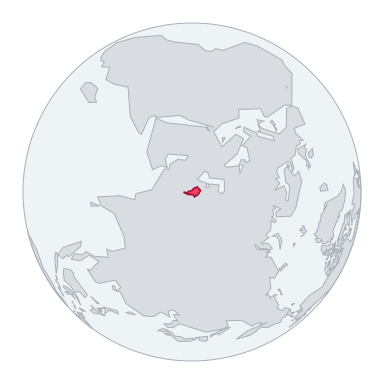 Ahal highlighted on a globe, orthographic projection, rotated 120°
{"feature_id": "TKM-352", "entity_name": "Ahal", "entity_type": "Province", "adm_level": 1, "iso_a3": "TKM", "parent_name": "Turkmenistan", "parent_adm1": "", "projection": "orthographic", "projection_center": [59.653, 37.88], "detail": "fine", "context": "on_globe", "style": "filled", "palette": "rose", "viewbox_px": 384, "rotation_deg": 120, "n_neighbors": 0, "source": "natural_earth", "source_scale": "10m", "svg_char_len": 12368}
<svg xmlns="http://www.w3.org/2000/svg" viewBox="0 0 384 384"><g transform="rotate(120 192 192)"><circle cx="192" cy="192" r="169" fill="#eef3f6" stroke="#a8b0b8"/><path d="M206.3,23.6L213.2,25.5L229.0,30.4L237.1,32.1L232.9,32.0L250.3,35.8L260.9,40.4L247.0,35.2L244.1,34.8L250.4,37.8L248.7,38.1L250.8,39.8L248.3,40.0L240.4,37.5L238.7,37.7L243.2,39.8L243.5,41.8L237.2,38.5L237.1,41.7L223.9,38.9L208.9,31.7L199.7,32.0L179.1,29.8L179.0,30.9L171.2,31.3L168.2,32.9L165.2,32.5L165.4,34.2L168.7,34.3L169.9,35.2L168.4,36.3L164.4,35.7L164.5,35.1L162.6,35.6L161.2,34.9L161.1,35.8L156.3,35.3L158.8,37.5L153.2,38.5L150.7,37.8L153.9,35.7L155.8,30.2L154.3,29.5L148.8,30.3L132.5,35.9L129.5,36.4L123.3,38.6L123.6,39.1L128.5,37.6L127.5,39.5L133.6,37.9L134.1,38.6L139.2,38.2L135.3,40.7L128.7,43.5L124.2,44.1L121.2,45.5L122.9,47.2L112.1,51.0L100.7,58.5L98.3,59.5L98.1,56.6L104.6,50.4L104.4,48.4L101.3,52.4L95.3,55.4L92.9,57.2L91.4,58.9L92.4,58.9L89.7,60.7L91.7,57.0L94.2,55.3L93.6,56.3L96.6,53.6L97.9,51.9L94.7,54.0L97.0,52.3L107.8,45.5L119.2,39.5L130.9,34.5L143.0,30.3L155.4,27.1L168.0,24.8L180.7,23.4L193.5,23.0L206.3,23.6ZM214.2,24.7L211.6,24.3L211.5,24.2L213.0,24.4L214.2,24.7ZM243.2,33.5L239.7,32.2L243.7,33.4L243.2,33.5ZM251.5,40.0L253.1,40.4L253.5,41.2L251.5,40.0ZM141.1,36.9L140.1,37.6L139.7,37.3L141.1,36.9ZM144.1,36.3L144.2,35.5L145.7,35.1L145.6,35.6L144.1,36.3ZM250.1,42.4L250.3,43.8L248.7,41.9L250.1,42.4ZM143.7,37.4L148.3,34.5L150.9,33.9L152.7,35.3L143.7,37.4ZM249.6,44.3L250.2,48.0L253.7,49.0L244.3,48.7L246.9,45.4L244.3,42.8L247.5,44.3L249.6,44.3ZM170.4,33.9L166.8,33.8L171.1,33.0L170.4,33.9ZM172.9,33.2L184.4,30.2L189.0,31.2L184.2,31.9L191.1,32.7L187.6,34.6L183.0,34.6L180.8,33.5L181.2,35.1L172.9,33.2ZM239.1,48.2L238.1,48.8L237.6,47.7L239.1,48.2ZM170.7,35.5L172.6,34.7L176.7,35.4L173.6,37.2L173.3,36.4L170.7,35.5ZM194.6,32.1L197.1,33.1L195.0,34.9L195.6,35.6L187.9,34.7L194.6,32.1ZM171.6,36.8L171.9,38.2L168.6,38.9L169.1,36.4L171.6,36.8ZM179.1,34.9L180.8,35.4L178.8,35.7L179.1,34.9ZM157.3,42.6L159.5,41.3L161.8,41.5L157.3,42.6ZM172.2,38.7L173.3,38.5L174.5,38.5L174.0,39.6L172.2,38.7ZM187.0,36.2L185.6,36.8L190.0,36.6L188.6,38.2L183.7,37.4L185.2,38.4L184.8,38.9L181.3,37.7L187.0,36.2ZM177.0,40.9L170.3,40.8L165.6,42.9L163.5,42.7L171.3,39.3L177.0,40.9ZM179.8,39.1L177.6,40.1L176.0,39.2L176.6,37.9L179.8,39.1ZM189.4,39.6L192.8,37.4L193.8,37.7L189.4,39.6ZM175.9,41.6L177.6,41.6L175.8,41.9L175.9,41.6ZM185.6,40.3L186.7,39.5L187.7,39.8L185.6,40.3ZM179.9,42.5L177.8,42.4L178.1,41.5L179.9,42.5ZM182.8,41.7L184.0,42.3L179.5,41.3L183.1,41.2L182.8,41.7ZM186.4,40.8L187.4,40.7L185.8,41.1L186.4,40.8ZM180.0,46.3L174.3,45.1L175.0,43.0L180.4,44.4L180.0,46.3ZM33.0,209.0L32.6,180.2L36.3,174.7L39.5,164.6L67.2,148.9L70.2,155.2L88.9,163.9L90.7,166.8L85.5,174.1L97.1,192.8L104.4,188.3L117.9,200.1L128.8,203.4L138.0,188.7L120.1,182.9L120.0,174.0L136.7,171.9L152.7,177.4L153.2,174.1L145.6,164.5L151.8,160.0L143.2,160.8L144.8,164.7L139.5,165.6L137.7,162.0L140.0,160.4L135.9,157.6L126.1,166.6L126.7,171.6L114.4,169.0L114.1,177.3L109.9,179.4L108.7,166.3L110.7,162.5L106.4,146.3L103.2,150.0L107.0,165.6L104.7,163.4L100.2,169.2L101.8,163.1L98.4,145.7L89.0,142.7L72.6,151.7L68.0,149.2L66.2,142.3L76.7,128.1L85.7,135.4L89.5,131.1L91.5,121.6L94.1,124.8L96.0,122.1L99.8,124.6L108.9,121.1L113.4,123.1L120.6,115.4L123.8,115.5L118.6,119.9L117.4,124.3L128.8,129.8L132.1,128.9L135.9,123.6L138.6,126.1L140.7,120.3L149.1,121.1L140.7,115.5L145.0,109.8L152.0,107.1L151.9,104.4L140.4,108.9L137.2,111.6L136.9,115.5L126.8,123.1L122.1,122.7L126.9,111.5L120.8,110.0L127.2,102.5L154.2,94.1L163.5,94.3L171.3,106.5L167.1,109.5L162.1,106.4L163.3,114.5L164.8,111.3L167.1,113.5L171.7,109.2L173.4,110.6L174.8,104.3L177.5,105.5L176.6,109.5L185.7,104.8L192.3,106.5L193.5,104.8L192.9,102.5L201.7,106.5L202.2,105.1L199.5,103.2L198.7,99.4L200.8,94.2L203.7,95.9L203.4,97.9L207.1,105.0L205.7,110.7L207.1,110.9L209.0,106.4L204.5,97.7L204.9,94.2L207.7,97.9L206.7,96.2L207.8,95.0L211.7,95.5L208.9,91.3L217.3,77.4L225.6,77.4L227.2,82.0L236.1,75.4L244.8,76.8L242.3,75.0L244.9,71.1L242.2,70.6L241.2,69.5L246.6,60.5L250.2,60.0L249.7,54.9L248.4,54.1L245.8,54.1L244.3,48.7L253.7,49.0L256.1,50.8L260.3,50.1L265.3,54.6L271.3,58.3L274.3,64.2L278.9,66.9L280.0,66.4L287.0,70.1L297.5,80.2L284.0,74.2L267.3,61.4L273.7,66.6L270.8,66.3L272.2,68.8L276.8,72.6L278.3,72.5L278.2,84.6L286.4,98.1L289.4,94.1L294.4,95.7L306.4,109.8L312.3,136.7L319.0,140.8L321.5,145.2L320.2,150.4L316.6,144.1L312.5,144.1L310.7,140.0L307.5,146.9L304.7,141.4L303.5,149.8L307.3,153.0L311.2,148.7L311.4,158.9L319.2,163.0L323.5,171.8L321.5,193.5L314.5,204.0L314.8,207.1L310.2,206.1L306.8,214.5L317.3,226.3L317.9,231.0L311.2,243.9L310.6,240.8L298.6,237.9L298.2,249.5L307.4,254.3L310.6,262.9L304.3,262.9L300.9,255.4L296.6,254.1L296.5,244.4L290.4,231.9L284.1,237.3L283.3,231.4L274.0,221.7L264.2,228.9L249.4,248.8L249.4,263.8L243.4,271.3L231.0,252.1L227.3,237.6L221.6,239.7L209.9,227.8L186.0,227.5L183.7,223.3L179.0,225.0L170.9,220.5L167.8,213.5L162.4,213.4L170.9,231.6L176.8,231.7L183.3,225.5L184.5,231.7L192.4,237.3L179.7,251.3L146.1,260.1L144.7,248.5L128.9,212.2L130.5,208.8L130.5,208.3L130.4,207.5L127.0,212.9L124.9,205.6L131.3,230.7L131.6,240.5L145.6,260.6L143.8,262.0L148.9,266.4L167.5,264.6L167.1,268.2L157.2,283.4L133.2,299.8L137.5,313.2L137.6,322.9L125.1,325.7L128.8,332.9L122.7,333.1L124.0,336.5L120.6,338.2L113.9,337.9L99.7,331.4L96.8,328.2L86.7,318.7L71.7,296.7L73.1,290.3L71.0,282.6L61.0,260.1L63.0,251.6L60.9,245.8L56.1,243.3L53.9,236.1L51.2,233.7L36.2,221.2L33.0,209.0ZM54.5,161.2L52.9,164.0L54.5,161.2ZM167.7,191.5L178.6,193.6L177.0,182.6L181.1,182.7L179.0,179.1L176.8,181.8L172.4,172.2L178.3,169.8L178.7,165.2L175.1,164.3L165.0,170.3L171.2,184.0L167.3,187.8L167.7,191.5ZM95.2,55.6L94.9,56.0L92.9,57.8L93.0,57.3L95.2,55.6ZM89.3,64.8L85.0,67.5L88.1,65.0L87.4,64.6L93.0,59.3L97.4,59.7L94.4,60.3L89.3,64.8ZM101.7,52.7L97.6,55.7L101.9,52.5L101.7,52.7ZM102.9,105.5L103.0,108.5L99.7,110.9L94.1,109.5L98.8,105.8L102.9,105.5ZM103.8,112.2L110.2,102.1L113.9,102.9L110.7,104.1L112.5,105.7L107.9,108.0L105.3,119.2L102.2,122.1L93.6,117.2L98.1,117.0L97.8,114.0L103.8,112.2ZM119.8,78.4L122.6,75.0L127.1,81.1L123.9,83.6L118.2,82.0L118.5,78.2L119.8,78.4ZM146.1,40.8L146.9,39.8L148.0,39.8L148.2,40.7L146.1,40.8ZM158.1,42.0L143.8,45.4L144.0,44.3L135.4,48.1L132.5,46.9L138.2,44.4L129.5,46.6L133.5,43.9L127.5,45.8L140.4,40.4L143.7,38.3L141.2,41.0L143.7,42.0L145.8,41.9L154.1,40.1L162.3,36.8L166.1,37.6L166.7,39.2L165.3,40.1L163.2,39.1L162.9,41.1L158.8,40.5L158.1,42.0ZM170.9,61.9L169.1,59.5L167.7,65.1L163.6,63.8L163.7,64.5L159.6,64.9L154.8,66.9L153.4,65.9L152.1,67.1L149.3,67.6L147.1,69.0L143.8,67.8L140.8,69.5L141.0,68.0L136.7,71.3L138.4,68.3L135.0,68.9L135.1,71.5L122.8,63.6L116.3,63.2L109.9,64.7L113.7,60.0L122.1,55.8L132.0,53.0L137.7,54.3L138.4,52.1L141.3,52.2L139.5,53.8L144.0,51.4L145.9,51.9L154.8,50.6L160.0,47.1L163.4,46.7L162.3,48.4L166.4,46.9L166.6,49.9L169.0,49.7L171.7,52.8L168.2,56.4L171.2,56.0L173.4,58.5L170.9,61.9ZM180.5,47.1L177.3,51.3L173.5,52.8L170.5,47.0L168.3,46.7L166.2,43.5L171.7,41.5L171.8,42.6L173.2,43.2L170.9,43.5L173.8,43.7L174.0,45.3L176.2,45.9L174.6,47.0L180.5,47.1ZM94.7,165.2L96.4,166.7L99.6,168.0L96.9,171.8L94.7,165.2ZM92.1,153.4L94.0,153.8L91.7,159.5L89.9,158.1L92.1,153.4ZM97.0,149.5L94.3,153.4L94.7,150.5L97.0,149.5ZM120.6,120.2L122.8,120.5L122.2,121.9L120.1,123.4L120.6,120.2ZM165.9,79.6L165.5,77.6L166.6,77.3L169.0,73.0L172.2,73.8L172.0,76.7L165.9,79.6ZM133.8,190.6L129.5,192.7L128.4,190.7L130.1,190.3L133.8,190.6ZM111.4,182.4L115.6,186.4L110.7,183.4L111.4,182.4ZM169.8,79.8L170.4,77.9L171.6,79.5L169.8,79.8ZM174.7,74.3L176.4,75.8L172.9,73.4L174.7,74.3ZM210.0,359.7L212.1,359.7L209.2,360.0L210.0,359.7ZM166.0,325.8L158.7,340.1L150.8,338.9L147.8,334.3L149.4,325.4L158.1,323.8L162.0,319.6L166.0,325.8ZM335.3,266.4L337.7,264.4L337.5,265.1L335.3,266.4ZM332.8,266.9L335.9,264.3L332.1,268.6L332.8,266.9ZM337.0,263.3L340.0,259.2L341.4,257.0L341.0,258.5L337.0,263.3ZM330.7,268.7L317.6,278.0L312.1,279.8L313.7,276.9L322.7,271.7L330.7,268.7ZM313.2,277.1L304.4,275.8L290.0,263.2L295.2,261.4L309.8,266.2L308.9,268.5L314.3,270.5L313.2,277.1ZM333.5,252.1L332.5,258.5L325.6,263.3L322.3,264.6L320.1,258.7L321.4,254.0L324.2,252.2L333.4,231.3L337.0,231.8L334.5,239.9L337.3,242.8L333.5,252.1ZM250.3,265.0L254.8,272.5L251.4,274.7L250.3,265.0ZM335.9,218.5L333.0,227.7L335.2,216.8L335.9,218.5ZM336.5,209.1L337.3,212.0L335.3,210.4L336.5,209.1ZM315.8,211.6L312.9,214.2L312.2,212.0L315.6,207.4L315.8,211.6ZM326.7,179.3L328.9,185.9L329.2,188.6L326.7,185.6L326.7,179.3ZM198.0,86.9L191.1,91.7L188.2,96.2L189.9,100.3L184.6,96.9L188.9,89.8L198.0,86.9ZM214.6,78.3L213.1,75.1L215.7,75.4L216.4,76.2L214.6,78.3ZM212.3,77.1L206.8,75.4L207.2,72.9L211.5,74.7L212.3,77.1ZM188.1,77.0L185.9,78.3L184.9,76.8L188.1,77.0ZM308.8,314.1L307.0,315.7L310.7,312.0L314.2,305.9L315.4,305.0L318.4,299.2L331.4,284.0L341.7,265.6L345.4,260.8L350.3,248.0L353.0,242.5L350.3,251.0L350.6,250.4L345.7,262.2L339.9,273.7L333.3,284.6L325.9,295.0L317.7,304.9L308.8,314.1ZM341.2,260.8L345.0,252.8L346.6,250.4L341.2,260.8ZM357.4,226.5L355.5,232.9L356.5,228.6L356.7,225.5L353.4,231.2L352.8,230.0L354.3,225.7L351.6,228.2L354.7,221.8L355.5,225.2L357.1,217.9L358.9,213.6L359.9,210.1L360.0,210.0L357.4,226.5ZM353.8,233.9L354.3,233.0L353.7,235.4L353.8,233.9ZM347.7,239.2L347.4,240.9L346.5,241.0L347.7,239.2ZM349.0,236.6L351.6,234.4L348.7,238.3L349.0,236.6ZM339.1,242.5L340.1,245.1L343.4,239.4L340.9,245.3L342.7,249.0L341.8,252.0L340.1,247.9L338.8,255.3L337.3,256.6L336.8,251.7L338.6,243.2L340.1,238.9L345.8,231.6L339.1,242.5ZM349.1,232.2L348.4,228.9L348.9,225.3L349.7,226.5L349.1,232.2ZM345.3,221.4L342.4,218.9L340.4,223.2L343.8,211.4L346.2,215.7L345.3,221.4ZM341.8,212.4L340.0,216.4L341.5,210.0L341.8,212.4ZM339.2,215.2L338.3,211.8L340.1,210.6L339.2,215.2ZM342.9,211.5L342.2,204.9L343.6,207.7L342.9,211.5ZM335.8,204.4L340.8,206.8L335.4,208.9L332.2,197.3L334.3,195.0L335.8,204.4ZM328.2,144.9L326.1,142.0L327.1,139.4L328.3,142.1L328.2,144.9ZM328.3,129.1L326.6,137.8L324.9,145.2L326.8,145.4L328.9,152.1L324.5,148.8L323.6,139.4L325.4,134.9L323.0,129.6L322.6,124.0L318.5,118.7L317.5,115.1L321.8,118.6L328.3,129.1ZM316.6,116.6L309.3,106.5L312.4,104.3L314.7,106.0L316.8,111.5L315.0,112.3L316.6,116.6ZM308.4,103.5L306.6,104.3L292.0,93.7L289.7,91.0L302.5,97.3L301.5,98.5L304.5,101.7L308.4,103.5ZM239.8,49.5L238.2,48.9L239.9,48.8L239.8,49.5ZM239.7,69.3L238.6,67.7L240.5,67.5L239.7,69.3ZM236.6,63.4L235.2,64.7L235.5,62.6L236.6,63.4ZM232.1,67.9L234.0,64.9L233.9,68.8L232.1,67.9Z" fill="#d9dde1" stroke="#a8b0b8" stroke-width="1"/><path d="M196.1,198.7L195.9,198.6L195.8,198.4L195.8,198.2L195.8,197.9L195.7,197.7L195.6,197.4L195.7,197.2L195.7,196.9L195.6,196.7L195.6,196.3L195.6,196.1L195.6,195.9L195.6,195.7L195.4,195.6L193.6,195.7L193.4,195.3L193.1,195.0L193.0,194.8L192.9,194.6L192.6,194.4L192.3,194.3L192.0,194.2L191.9,194.2L191.7,194.0L191.6,193.9L191.4,193.7L191.3,193.4L191.3,193.2L191.2,193.1L190.7,192.8L190.6,192.7L190.4,192.7L190.2,192.6L189.9,192.6L189.7,192.7L189.4,192.5L189.2,192.7L188.9,192.7L188.7,192.6L188.6,192.4L188.5,192.2L188.4,192.2L188.2,192.2L187.9,192.0L187.7,192.0L187.6,191.9L187.4,191.8L187.1,191.8L186.7,191.7L186.6,191.4L186.6,191.2L186.4,191.0L186.4,190.9L186.2,190.8L186.0,190.6L185.8,190.4L185.7,190.4L185.7,190.2L185.4,190.2L185.2,190.2L184.9,190.1L184.9,189.7L185.0,189.7L185.1,189.3L185.2,189.2L185.9,186.9L186.0,186.9L186.2,186.7L186.0,186.0L186.0,185.8L186.0,185.7L186.4,185.4L186.4,185.5L186.5,185.5L186.8,185.6L187.0,185.4L188.0,185.4L188.3,185.4L188.8,185.2L189.1,185.3L189.1,185.2L189.4,185.1L189.5,185.1L190.5,185.4L190.6,185.6L190.8,185.7L191.5,185.7L192.7,185.7L192.8,185.8L192.8,186.7L192.8,186.8L192.9,187.0L193.0,187.0L193.1,186.9L193.3,186.9L193.5,186.9L193.5,187.1L193.6,187.3L194.0,187.2L194.1,187.3L195.1,187.2L195.1,187.6L194.9,187.8L194.6,187.9L194.6,188.0L194.4,188.8L194.2,188.9L194.1,189.0L194.1,189.3L193.9,189.4L194.2,190.6L194.8,191.3L194.9,191.5L195.1,191.9L195.0,192.0L194.9,192.0L195.0,192.4L195.0,192.5L194.9,192.5L194.9,192.8L195.1,193.4L195.3,193.4L195.5,193.4L195.6,193.5L195.8,193.7L196.0,193.6L196.1,193.8L196.1,194.0L195.9,194.1L195.7,194.0L195.7,193.8L195.7,193.7L195.4,193.5L195.2,193.5L195.7,194.4L196.3,195.3L196.4,195.5L196.4,197.3L196.5,197.4L196.5,197.5L196.4,197.7L196.4,197.8L196.4,198.0L196.5,198.1L196.5,198.3L196.5,198.5L196.4,198.7L196.3,198.8L196.2,198.8L196.1,198.7L196.1,198.7Z" fill="#f43f5e" stroke="#9f1239" stroke-width="1.5"/></g></svg>